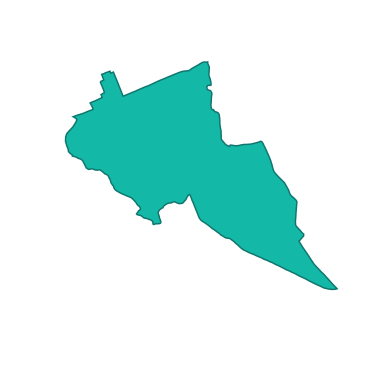 outline of Angkor Borei, Takêv, Cambodia, rotated 339°
{"feature_id": "14789045B52246577333094", "entity_name": "Angkor Borei", "entity_type": "district", "adm_level": 2, "iso_a3": "KHM", "parent_name": "Cambodia", "parent_adm1": "Takêv", "projection": "natural_earth1", "projection_center": [104.951, 10.971], "detail": "fine", "context": "isolated", "style": "filled", "palette": "teal", "viewbox_px": 384, "rotation_deg": 339, "n_neighbors": 0, "source": "geoboundaries", "source_scale": "gbopen_adm2", "svg_char_len": 5103}
<svg xmlns="http://www.w3.org/2000/svg" viewBox="0 0 384 384"><g transform="rotate(339 192 192)"><path d="M253.3,76.2L252.1,76.0L250.3,75.1L248.4,74.8L246.3,75.0L244.4,75.4L243.3,75.6L241.9,75.8L238.9,76.3L237.0,76.5L236.2,76.6L234.9,77.0L232.9,77.6L229.6,76.8L226.5,76.0L222.9,75.8L217.9,75.9L212.8,76.0L207.4,76.2L202.1,76.3L197.0,76.6L190.8,77.1L184.9,77.1L179.8,77.3L177.4,77.4L175.7,77.6L172.2,77.6L169.8,77.7L166.1,77.8L162.5,77.9L162.0,77.8L161.8,60.1L161.6,51.9L158.7,51.8L158.7,49.8L156.0,49.8L154.3,49.7L151.9,49.9L149.8,49.8L149.8,52.3L149.8,55.8L148.8,56.0L146.5,56.0L145.8,56.7L146.0,62.4L146.0,66.2L145.7,68.0L144.2,68.1L142.0,68.4L142.0,71.6L134.1,72.2L130.3,72.2L128.8,72.4L129.2,75.2L129.5,78.5L128.9,79.5L124.2,79.4L118.5,79.6L112.7,79.2L108.0,79.1L108.7,79.9L110.1,82.0L110.5,83.2L108.5,85.3L103.9,88.7L99.7,90.7L96.1,92.6L93.8,95.3L92.1,99.3L91.7,103.7L91.7,107.4L91.2,110.1L91.9,111.9L92.9,113.5L93.5,114.5L93.1,115.5L93.9,116.2L95.2,117.0L96.6,118.1L97.7,119.7L99.9,121.4L101.1,123.5L101.5,126.6L101.9,131.5L103.4,133.8L105.8,134.3L107.6,134.8L109.3,136.6L111.5,137.7L113.7,138.1L115.6,140.6L116.0,141.5L117.2,143.8L119.1,145.7L119.6,147.2L119.7,149.1L120.0,151.6L119.8,153.2L119.8,155.1L120.4,157.2L120.7,158.0L120.6,160.0L120.8,161.4L121.2,162.6L121.9,163.8L122.7,164.8L123.3,165.4L124.1,166.6L125.4,167.9L126.4,169.0L127.5,170.0L128.4,170.9L129.3,171.8L130.4,172.9L131.2,173.6L132.0,174.3L133.2,175.5L133.9,176.8L134.5,178.0L134.9,179.1L135.5,180.5L136.0,182.0L136.3,183.8L136.5,184.5L136.8,185.3L137.7,186.5L137.9,187.3L137.9,189.0L137.6,189.8L136.4,190.2L135.6,190.3L134.3,191.3L133.1,192.1L132.3,192.6L132.8,193.6L134.2,194.6L135.5,195.4L136.6,196.7L137.2,198.0L138.0,199.2L139.2,199.9L140.5,200.7L142.0,202.1L143.1,203.0L143.8,203.7L144.5,204.7L144.6,205.8L144.6,206.8L144.1,207.8L144.3,208.4L145.4,208.7L146.5,208.6L147.6,209.0L148.8,209.4L149.7,209.7L150.8,209.9L151.6,209.7L152.1,209.1L152.3,207.9L152.4,206.7L152.3,205.3L152.4,204.1L152.7,203.3L152.7,201.3L152.9,200.1L153.1,198.8L154.2,197.9L155.3,197.1L156.7,196.6L157.4,196.4L158.3,196.3L159.2,196.2L159.8,195.7L160.9,194.8L162.8,194.3L164.3,194.0L165.9,193.9L167.2,194.3L168.5,194.7L169.8,194.7L171.0,194.6L172.1,194.7L173.4,196.1L174.2,196.9L175.6,198.1L176.7,198.5L178.1,198.9L179.2,199.1L180.5,198.5L181.9,197.7L183.4,197.0L185.5,195.1L187.7,193.4L188.8,193.6L189.2,195.6L189.2,197.5L189.1,199.8L189.3,203.0L189.3,206.0L189.3,209.6L189.4,213.1L189.4,215.4L189.4,218.1L189.7,219.8L190.4,221.9L191.9,224.1L193.4,226.0L195.1,228.6L196.8,231.4L197.8,233.4L198.7,234.5L199.1,235.1L199.9,236.3L201.2,238.4L202.5,240.3L203.6,242.6L204.7,243.8L206.0,245.7L207.3,247.1L208.8,247.9L210.3,248.7L211.0,249.5L212.0,251.1L212.9,252.5L213.8,254.0L214.1,254.9L214.9,256.4L215.9,258.2L216.9,260.4L217.6,261.8L218.5,263.3L219.4,264.6L220.8,266.0L222.1,267.4L223.6,269.1L225.3,270.7L227.1,272.3L229.1,274.4L230.9,276.2L232.1,277.3L233.8,278.9L234.8,280.3L236.2,281.5L237.8,282.9L239.1,284.3L240.2,285.5L241.1,286.2L242.3,287.5L243.0,288.3L243.5,288.9L244.1,289.6L246.2,291.6L248.0,293.6L250.1,295.9L252.4,298.6L254.0,300.0L256.2,302.4L259.2,305.4L261.8,308.6L263.9,310.7L266.7,313.6L270.0,317.5L273.1,320.9L275.5,323.4L278.6,326.5L280.6,328.7L282.3,329.9L284.3,331.2L287.0,332.8L289.7,333.8L291.8,334.3L292.8,334.3L291.6,331.5L289.7,326.9L288.2,322.9L287.9,322.0L286.8,319.3L285.6,316.1L284.2,313.3L282.6,309.3L281.6,307.0L280.7,304.7L280.1,303.1L278.7,297.0L277.3,290.4L275.5,283.1L275.0,280.1L274.2,276.3L275.2,275.9L276.2,275.3L277.3,274.6L278.7,273.9L280.4,273.1L281.2,271.4L280.1,269.3L279.1,266.2L277.8,263.3L277.1,261.3L276.9,260.0L277.9,256.7L279.8,252.8L281.7,248.5L283.5,244.8L285.1,241.5L286.4,238.8L286.2,236.9L284.7,233.5L283.3,231.1L282.7,228.6L282.8,224.6L282.2,220.2L281.6,216.4L280.1,213.1L278.5,209.5L277.4,206.9L276.4,204.3L275.8,201.9L276.0,198.4L276.4,195.1L276.7,190.5L276.6,186.0L276.4,182.4L276.3,179.6L276.1,176.9L275.8,174.0L275.7,172.2L275.4,170.6L274.5,169.3L272.6,169.3L269.5,169.1L267.2,168.8L264.3,168.4L260.8,167.4L257.8,166.3L255.0,165.7L251.9,165.3L249.4,164.5L247.0,163.2L245.3,162.2L244.5,161.9L243.3,162.9L242.4,162.2L242.0,161.5L241.5,161.2L241.1,160.7L240.4,159.6L240.1,159.1L240.0,158.3L239.5,157.3L239.1,156.0L238.6,154.7L238.3,153.0L238.8,151.5L239.6,149.5L240.1,147.8L240.4,147.0L240.6,146.5L241.0,145.3L241.2,143.8L241.6,142.0L242.2,139.4L242.7,137.3L243.4,136.0L243.5,135.3L243.9,134.3L244.2,133.3L244.4,132.4L244.7,131.1L245.1,129.7L245.0,129.0L244.8,127.6L244.2,126.8L243.5,126.1L242.9,125.8L242.3,125.3L241.9,124.4L241.5,122.8L240.6,122.6L240.2,122.1L240.1,121.3L240.2,120.2L240.3,119.1L240.8,117.6L241.7,115.8L242.5,114.3L243.1,112.7L243.4,112.0L244.0,110.8L244.5,109.6L245.5,108.1L245.9,106.6L245.8,104.9L245.4,103.9L244.5,103.2L243.3,102.1L243.1,101.3L243.1,100.5L243.3,99.6L243.7,99.2L244.6,98.2L245.8,98.3L246.7,98.9L247.8,99.1L248.3,98.6L248.9,96.5L249.2,95.1L249.3,94.3L249.5,93.0L249.5,91.6L249.5,89.7L249.8,88.4L250.5,87.1L250.9,86.0L251.5,84.8L252.2,83.2L252.8,82.0L252.9,80.0L252.8,78.3L252.8,77.4L253.3,76.2Z" fill="#14b8a6" stroke="#0f766e" stroke-width="1.5"/></g></svg>